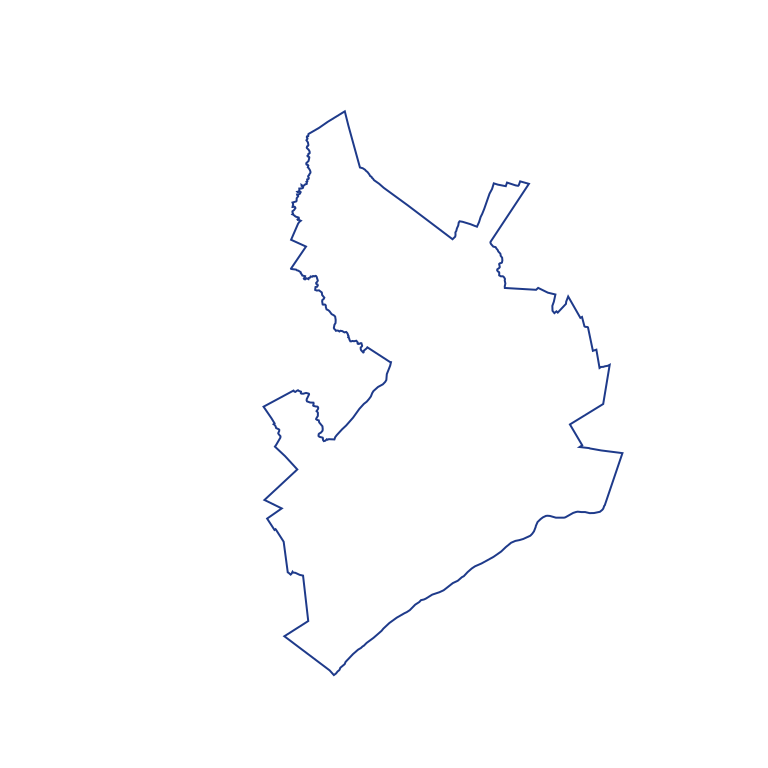 Belint, Timis, Romania, rotated 319°
{"feature_id": "2599482B7232591978700", "entity_name": "Belint", "entity_type": "district", "adm_level": 2, "iso_a3": "ROU", "parent_name": "Romania", "parent_adm1": "Timis", "projection": "equal_earth", "projection_center": [21.773, 45.781], "detail": "fine", "context": "isolated", "style": "outline", "palette": "blue", "viewbox_px": 768, "rotation_deg": 319, "n_neighbors": 0, "source": "geoboundaries", "source_scale": "gbopen_adm2", "svg_char_len": 6166}
<svg xmlns="http://www.w3.org/2000/svg" viewBox="0 0 768 768"><g transform="rotate(319 384 384)"><path d="M467.7,621.9L470.4,620.4L471.0,620.4L518.6,592.6L504.3,576.6L497.1,567.7L496.8,567.0L490.3,559.9L493.4,560.3L497.8,536.5L536.3,542.9L566.9,517.6L564.9,517.1L562.2,515.5L560.7,514.9L559.0,513.5L557.2,513.3L566.8,497.4L563.4,496.0L575.1,475.1L574.8,474.3L573.4,472.9L573.1,472.0L577.4,463.3L575.6,462.9L580.4,438.8L575.5,441.4L573.9,442.9L562.0,444.1L561.8,442.3L559.1,442.3L559.2,439.3L562.3,435.5L566.2,433.3L572.1,428.9L567.6,422.6L563.4,412.6L560.6,412.7L538.2,390.8L539.1,389.6L541.5,387.8L543.1,385.0L544.2,384.1L544.6,382.4L544.5,381.0L544.0,380.3L542.9,379.5L542.2,377.6L544.0,375.6L544.2,375.2L543.8,373.7L544.0,372.4L544.7,371.8L547.1,372.0L548.1,371.7L549.6,369.0L550.5,368.9L552.0,369.6L552.7,369.7L554.4,368.4L556.0,366.2L556.2,363.7L557.2,362.3L557.3,361.7L557.2,358.9L557.7,357.5L557.7,355.8L558.0,353.9L556.6,352.0L556.6,348.5L557.0,347.2L557.7,346.6L624.7,328.0L619.7,320.4L616.1,322.4L615.2,322.4L613.6,320.4L609.0,312.7L605.7,314.6L600.7,308.2L598.5,304.6L593.5,307.7L588.5,309.6L574.5,317.6L569.6,320.1L566.6,321.3L561.9,324.2L557.3,326.3L554.1,320.1L549.7,313.1L547.8,310.8L546.3,311.2L544.0,313.1L541.1,314.4L539.0,315.9L537.4,316.4L535.7,318.5L534.4,319.5L530.7,319.7L519.1,264.5L512.5,235.7L511.7,229.7L510.2,223.6L510.4,221.8L510.2,220.5L510.5,219.4L510.0,217.9L510.4,216.3L510.6,213.3L510.2,210.9L510.3,210.0L509.5,207.2L507.9,204.8L526.6,165.7L533.3,152.5L513.5,149.2L503.2,148.1L491.3,145.8L490.9,145.8L489.4,147.2L488.5,146.6L488.1,146.7L487.4,147.5L487.4,148.2L487.2,148.7L485.4,149.1L485.1,151.7L483.7,154.1L482.8,154.4L481.9,154.2L480.7,155.0L480.6,155.6L480.8,157.3L480.6,159.0L480.1,160.2L479.3,161.0L478.0,160.7L477.4,161.4L476.0,161.5L475.7,162.1L476.4,163.7L476.1,164.2L473.3,166.2L470.4,166.3L469.9,166.7L469.5,167.4L469.7,168.1L470.2,168.5L470.2,169.5L468.6,170.5L468.8,171.5L468.4,173.9L467.9,175.3L467.1,176.3L464.4,177.0L465.2,177.2L463.3,177.3L462.8,177.7L462.4,179.2L461.5,179.7L460.2,179.2L459.2,180.7L458.1,180.5L457.8,181.6L456.8,182.3L455.8,181.7L453.0,181.6L452.6,180.9L452.3,179.7L451.8,180.4L452.1,182.4L451.5,182.8L450.3,182.5L448.3,180.9L447.1,182.4L445.8,182.7L444.7,182.1L444.7,182.6L445.1,182.9L446.7,183.1L447.0,184.5L445.4,185.2L443.6,184.8L442.7,184.0L442.5,184.4L442.9,185.1L442.4,186.0L440.0,186.5L438.2,188.4L437.5,188.6L434.0,187.0L433.5,188.6L431.1,190.4L431.4,190.7L432.4,191.0L432.9,191.8L432.6,193.1L430.2,193.7L428.2,193.6L427.5,194.5L427.2,195.6L426.2,195.8L426.6,196.4L426.6,197.2L427.0,198.2L426.9,198.6L427.2,199.8L428.8,202.4L428.5,203.1L427.7,203.3L426.7,203.1L426.6,203.6L427.4,204.1L428.3,206.2L426.4,206.1L424.4,206.6L408.5,214.2L415.3,229.1L389.5,235.9L389.4,236.2L389.8,236.7L392.7,240.0L392.8,240.9L393.7,242.3L394.4,244.8L394.4,245.2L393.9,245.7L393.8,247.6L393.5,248.5L395.2,250.9L394.5,251.4L392.7,251.8L392.6,252.6L393.1,253.3L395.0,253.5L395.8,255.3L396.9,254.7L398.1,255.2L399.2,254.7L400.1,255.9L401.2,255.9L401.6,256.3L401.8,256.9L403.2,257.4L403.5,257.8L403.5,258.8L401.9,262.5L401.1,262.9L399.1,263.2L398.8,263.6L398.6,264.4L399.1,265.3L398.8,266.1L397.4,266.7L395.9,265.9L393.8,267.8L394.5,269.3L396.4,270.7L397.1,274.1L395.7,276.3L395.6,279.7L394.5,280.2L392.5,280.2L391.5,281.1L389.9,283.7L390.1,284.2L391.4,285.1L391.7,285.7L391.5,286.7L390.6,287.7L389.6,290.0L390.4,291.8L390.6,293.3L390.3,296.9L391.2,299.2L391.4,301.0L389.6,303.9L387.9,305.7L387.2,306.3L385.6,306.7L382.9,308.8L382.6,310.2L382.8,311.2L382.6,312.3L383.6,312.8L384.4,313.7L384.8,315.1L386.0,315.2L387.2,316.7L388.0,319.1L389.6,319.9L389.7,321.3L389.2,323.1L388.7,323.8L388.7,324.7L387.6,325.2L387.8,326.4L387.0,327.9L386.6,329.7L387.2,330.3L388.4,330.8L389.5,332.1L391.5,333.2L391.4,335.5L390.6,336.2L390.7,336.7L391.3,337.3L393.1,337.8L393.7,338.4L392.6,340.8L392.0,341.1L390.3,341.2L389.3,342.4L388.9,343.6L389.0,346.6L389.4,346.7L390.7,345.6L394.2,345.7L395.5,345.4L402.9,371.2L403.6,372.1L400.7,374.2L392.6,378.4L388.4,382.5L386.3,383.2L382.9,383.5L377.5,382.3L371.4,382.4L369.2,383.1L365.9,384.8L362.8,385.5L359.4,386.0L355.8,385.8L349.1,386.6L338.6,389.1L328.2,390.5L322.6,390.7L314.7,391.6L312.3,392.1L310.2,393.3L306.1,389.4L304.8,389.0L304.6,388.2L302.5,388.3L301.1,387.6L301.3,386.1L302.4,384.7L302.5,384.2L300.6,381.5L300.5,380.2L301.8,379.0L302.8,378.9L304.2,379.3L306.1,379.1L307.0,378.9L308.2,377.8L309.8,375.5L309.9,370.5L310.9,368.7L309.9,367.1L309.7,366.0L310.2,365.6L313.1,364.7L315.2,362.4L315.4,361.2L315.3,360.2L317.5,359.7L318.6,359.0L319.0,358.0L318.9,357.4L317.7,356.1L316.4,354.2L316.5,353.7L318.0,352.7L318.5,351.8L316.1,349.5L314.5,346.6L314.9,345.5L315.8,344.7L320.6,342.7L320.9,342.3L320.9,341.9L319.3,339.6L316.6,338.3L315.3,337.0L315.2,336.4L316.3,335.3L315.3,333.6L315.0,332.3L314.0,332.0L311.9,331.8L311.4,331.0L311.4,329.6L278.2,322.1L276.6,336.0L275.6,341.9L274.3,341.9L274.6,343.1L274.5,344.6L273.7,346.5L274.9,349.2L274.9,349.9L274.1,350.7L271.9,351.7L271.6,352.7L271.6,355.5L270.6,356.5L262.7,359.2L260.6,359.7L262.0,373.5L262.5,391.6L217.7,393.1L225.2,410.8L207.5,408.9L205.6,422.3L206.9,422.4L206.9,423.0L204.8,437.2L187.8,463.0L188.1,463.7L188.5,466.6L189.8,466.5L191.8,465.7L191.7,466.7L193.2,468.3L195.2,472.8L197.2,475.5L171.3,513.2L143.3,509.0L155.1,564.5L155.2,570.8L157.9,571.0L160.4,570.5L162.0,570.6L163.0,570.5L164.9,569.5L170.6,569.6L172.5,568.6L174.0,568.4L183.4,567.5L190.2,567.5L193.4,568.1L195.8,568.0L196.9,568.3L201.0,568.0L209.5,568.7L220.2,568.7L223.0,568.2L231.2,567.9L240.3,568.7L249.0,570.4L251.5,571.1L255.1,571.6L262.8,571.0L267.6,571.7L270.1,571.4L272.7,572.8L274.7,573.4L282.2,574.6L289.2,577.5L293.7,578.8L305.3,579.4L310.6,580.9L316.1,580.9L318.1,581.4L323.8,580.8L329.2,580.8L333.1,581.3L339.8,583.4L353.2,586.3L362.5,587.3L368.9,587.0L375.8,587.2L380.2,588.6L383.7,590.6L387.4,592.3L394.9,594.5L397.5,594.3L400.5,593.6L404.7,591.4L405.4,590.8L409.4,588.9L413.6,588.7L416.5,588.9L419.7,589.8L421.1,590.8L422.7,592.5L426.0,597.6L432.2,603.0L433.4,603.6L442.2,605.4L445.0,606.6L446.5,607.5L449.0,610.2L451.7,612.5L454.5,616.4L457.9,619.2L463.1,622.1L466.2,622.2L467.7,621.9Z" fill="none" stroke="#1e3a8a" stroke-width="2"/></g></svg>